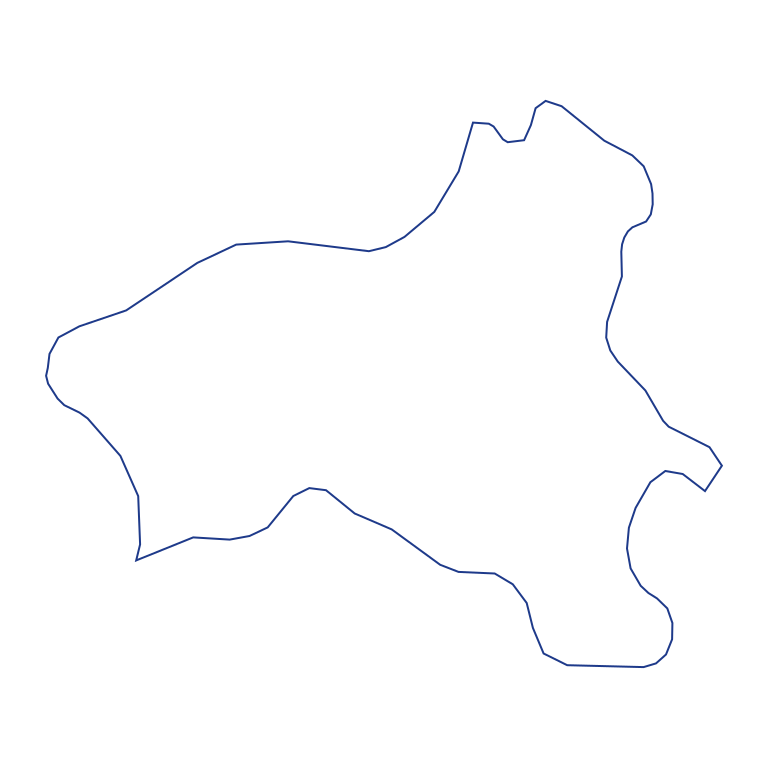 the border of Vibo Valentia
{"feature_id": "ITA-5394", "entity_name": "Vibo Valentia", "entity_type": "Province", "adm_level": 1, "iso_a3": "ITA", "parent_name": "Italy", "parent_adm1": "", "projection": "orthographic", "projection_center": [16.203, 38.629], "detail": "fine", "context": "isolated", "style": "outline", "palette": "blue", "viewbox_px": 768, "rotation_deg": 0, "n_neighbors": 0, "source": "natural_earth", "source_scale": "10m", "svg_char_len": 1209}
<svg xmlns="http://www.w3.org/2000/svg" viewBox="0 0 768 768"><path d="M136.2,560.4L140.1,544.4L138.2,496.1L120.4,455.9L87.6,418.4L79.5,412.6L64.3,405.2L57.6,398.6L48.1,383.7L46.1,375.8L47.8,367.9L49.5,353.9L58.4,337.5L79.4,326.3L126.2,310.4L197.3,262.9L236.2,244.6L288.1,241.3L368.9,251.2L385.8,247.1L404.5,236.9L434.3,211.9L458.7,171.4L473.0,122.6L488.8,123.7L493.6,126.5L502.9,139.3L507.7,142.2L524.1,140.2L530.9,125.1L535.6,108.2L545.6,100.9L561.6,106.2L604.3,140.7L632.3,155.4L643.7,166.3L651.1,184.1L652.5,193.5L652.7,204.3L650.8,214.4L646.1,221.5L632.4,227.3L627.9,231.4L624.3,237.5L622.1,244.3L621.3,251.6L621.9,276.5L607.1,321.9L606.2,337.6L610.3,350.5L617.8,361.6L645.4,390.5L663.1,420.8L668.7,426.7L709.5,447.2L721.9,465.7L705.0,491.1L682.7,474.0L665.3,471.0L650.4,482.2L635.6,507.9L628.9,527.7L627.0,548.5L630.6,568.4L640.7,585.8L648.4,593.0L657.0,598.4L667.3,608.4L672.4,623.0L672.1,639.3L666.0,654.5L656.0,663.4L643.6,667.1L567.2,665.2L543.6,653.5L532.9,627.9L526.7,603.0L512.8,584.3L494.7,573.5L458.5,571.9L440.2,564.8L391.7,529.4L354.7,513.5L326.0,490.2L309.3,488.1L293.3,496.0L267.7,527.4L249.5,536.0L229.7,539.6L193.2,537.4L136.2,560.4Z" fill="none" stroke="#1e3a8a" stroke-width="2"/></svg>